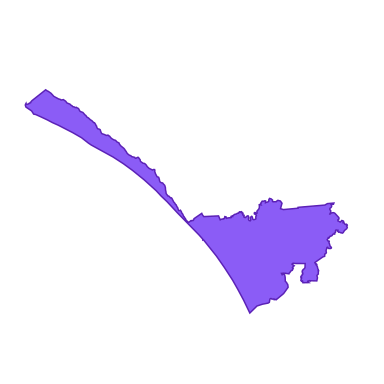 outline of Tampico Alto, Veracruz, Mexico, rotated 168°
{"feature_id": "50627088B55944116291568", "entity_name": "Tampico Alto", "entity_type": "district", "adm_level": 2, "iso_a3": "MEX", "parent_name": "Mexico", "parent_adm1": "Veracruz", "projection": "orthographic", "projection_center": [-97.791, 21.851], "detail": "fine", "context": "isolated", "style": "filled", "palette": "violet", "viewbox_px": 384, "rotation_deg": 168, "n_neighbors": 0, "source": "geoboundaries", "source_scale": "gbopen_adm2", "svg_char_len": 5909}
<svg xmlns="http://www.w3.org/2000/svg" viewBox="0 0 384 384"><g transform="rotate(168 192 192)"><path d="M313.9,322.4L329.6,314.6L330.7,313.8L331.2,313.0L331.6,313.1L331.8,312.8L332.5,312.7L332.8,312.4L333.2,312.5L333.6,312.2L335.3,312.0L335.9,312.4L335.9,313.2L336.7,312.3L337.0,311.4L336.8,309.6L332.0,304.6L330.7,301.1L328.8,300.3L324.3,297.0L318.5,292.6L314.1,288.9L309.0,285.2L296.5,275.0L288.8,268.1L283.2,261.4L280.8,258.9L261.9,242.6L253.3,234.0L245.6,225.4L236.3,213.9L226.7,200.6L223.0,194.4L218.4,187.7L210.5,174.5L194.1,148.6L191.3,143.7L191.4,143.1L191.2,143.2L191.0,142.7L190.7,142.7L190.5,142.4L181.4,124.2L176.0,111.4L170.6,97.3L167.4,87.2L164.0,75.5L160.6,61.6L152.1,67.0L146.3,67.6L140.7,67.5L139.3,68.0L138.2,70.7L137.9,71.2L137.2,71.4L136.7,71.3L136.1,70.6L134.2,70.3L134.1,69.7L133.4,69.8L133.2,69.4L132.0,69.5L131.9,69.2L123.5,73.6L117.8,78.8L117.6,80.9L117.6,81.8L118.1,82.6L118.3,83.8L119.3,85.3L118.6,89.3L118.6,91.6L119.4,92.8L119.8,93.1L120.1,92.6L121.0,92.3L121.4,93.8L119.0,93.5L118.6,93.0L117.9,93.2L114.2,91.8L113.9,92.4L113.1,92.8L111.7,94.2L110.1,94.6L109.9,95.3L109.0,95.9L109.5,97.0L108.9,97.2L108.7,98.2L107.8,98.3L107.4,98.6L108.0,99.0L108.4,99.7L108.5,100.6L109.0,100.6L108.8,101.0L108.1,101.0L107.9,101.3L105.8,100.6L96.2,98.5L97.2,94.5L98.2,93.6L99.5,93.0L99.8,92.7L100.0,92.2L100.3,92.2L100.6,91.8L100.9,90.8L100.6,90.5L100.6,88.8L101.3,88.6L101.7,87.6L102.2,87.1L102.5,87.2L103.1,86.6L103.3,86.1L102.7,85.6L103.0,85.1L102.9,84.7L103.4,84.4L103.4,83.8L103.9,83.0L103.4,81.8L102.4,82.0L102.4,80.2L96.6,79.1L97.5,80.3L97.3,80.7L96.6,80.8L96.4,80.5L95.3,80.8L95.0,80.3L94.8,80.6L88.4,79.1L87.1,82.0L87.2,84.2L86.8,84.7L85.5,85.5L85.0,87.9L84.5,88.5L84.9,88.9L84.6,89.8L84.9,90.7L84.9,93.1L85.6,94.6L85.0,94.8L85.0,95.3L85.7,96.2L86.1,96.1L86.5,97.5L77.5,101.3L75.6,101.5L75.1,103.6L73.9,104.0L73.2,104.7L73.1,106.7L71.5,109.7L70.8,109.7L70.4,108.6L70.0,108.3L68.1,107.9L67.7,108.0L67.3,108.3L67.2,108.8L68.2,110.6L68.3,112.8L68.6,113.8L68.0,115.2L68.2,115.6L68.9,115.6L69.2,115.9L69.7,117.3L68.8,118.2L68.3,118.3L68.2,119.1L67.7,119.1L67.1,118.8L66.8,119.4L66.0,120.1L65.4,119.9L64.0,120.3L63.2,121.2L62.5,121.5L61.3,121.2L61.2,122.2L60.2,122.4L59.5,124.6L59.0,124.9L57.2,124.2L57.8,123.4L57.3,123.0L57.0,122.2L56.0,122.1L55.2,121.3L54.3,121.0L53.6,120.5L52.6,120.8L50.9,122.6L48.2,124.0L47.4,125.3L47.9,126.7L47.6,127.0L47.0,127.2L47.0,127.5L47.6,128.4L48.6,128.4L49.2,128.8L49.7,130.3L50.6,130.5L50.5,131.1L49.8,131.8L50.4,132.5L51.5,133.0L52.2,132.3L52.7,132.2L53.1,131.8L53.9,132.2L54.6,133.1L55.2,133.3L55.1,134.4L53.8,135.1L53.7,136.5L56.6,141.4L57.6,142.3L58.6,142.5L59.9,142.5L61.7,141.7L61.8,141.8L60.8,142.9L60.3,144.2L60.2,145.0L60.8,146.1L60.8,146.7L60.4,147.4L59.6,147.7L58.8,148.3L58.2,149.3L58.7,151.1L56.2,150.6L55.5,151.7L62.0,152.5L64.8,151.6L90.2,154.8L91.5,154.9L91.6,154.1L106.3,155.8L108.9,157.3L106.3,162.3L107.4,164.8L109.7,166.0L111.0,165.5L111.5,165.0L114.8,165.6L115.2,166.2L114.9,167.4L116.1,168.9L117.5,169.6L118.4,168.6L118.8,167.1L119.8,166.5L121.1,166.4L121.8,166.5L122.3,166.3L121.9,168.0L122.6,168.3L124.2,168.1L125.2,168.5L126.8,167.0L126.7,166.9L126.9,166.3L127.4,166.1L127.6,165.6L127.4,165.2L128.6,165.7L129.0,165.5L128.9,164.7L129.5,162.5L130.1,161.6L132.5,159.7L132.7,158.1L132.9,157.7L133.6,157.8L134.5,158.8L135.0,158.9L135.4,158.6L135.6,157.7L133.9,156.1L133.9,155.6L134.8,154.5L135.1,152.5L135.4,152.3L136.4,152.1L137.4,152.1L138.2,152.8L138.2,155.1L138.6,155.8L139.4,155.5L140.2,154.8L140.4,154.0L140.3,152.6L140.6,152.0L141.0,151.7L142.0,152.2L142.3,152.8L142.4,153.7L141.7,155.9L141.9,156.8L142.2,157.1L143.2,157.0L144.2,156.3L144.6,156.3L145.3,155.9L146.2,156.5L146.5,157.0L145.9,157.8L146.0,158.6L146.9,158.9L147.1,159.1L146.6,160.4L147.2,160.6L146.9,161.1L147.5,161.6L147.4,162.0L147.8,162.5L148.7,162.3L148.9,162.6L149.5,162.7L149.5,162.1L150.4,162.2L151.1,161.6L152.0,161.8L153.1,161.3L155.2,161.2L156.8,160.3L157.4,160.4L157.4,159.6L158.9,159.9L158.9,158.9L159.1,158.8L162.3,159.2L163.5,159.0L163.9,159.7L163.8,159.8L163.9,160.4L164.1,160.4L164.0,160.7L165.0,161.1L165.4,159.8L165.7,159.8L166.0,159.3L167.0,159.4L167.3,159.3L167.3,159.1L169.2,159.3L170.2,158.9L171.0,163.1L185.6,165.5L186.6,167.6L186.9,169.1L195.6,165.5L195.9,164.7L196.9,163.9L197.9,164.2L198.3,163.8L199.1,164.2L200.9,163.2L201.8,163.1L202.8,164.6L203.5,165.2L203.9,167.1L204.3,168.0L204.5,168.2L204.9,169.6L205.2,169.8L205.7,172.4L206.3,173.4L206.5,174.9L207.1,176.6L208.2,176.4L209.0,176.7L209.3,179.9L209.8,180.7L210.2,182.8L210.8,183.4L211.1,184.6L211.9,185.9L213.0,190.0L213.4,190.6L214.2,190.7L215.6,192.9L216.3,193.0L217.6,195.8L217.4,198.4L217.5,199.2L217.1,201.9L217.3,204.2L218.5,206.1L218.6,206.6L218.9,207.0L220.0,207.4L221.1,208.4L221.4,209.8L221.3,211.0L221.5,213.1L221.6,213.4L223.0,214.2L223.9,217.4L224.2,219.9L223.9,220.6L223.9,221.7L224.8,222.0L226.0,221.7L229.0,224.0L230.6,226.2L231.0,227.6L231.8,229.0L232.7,229.9L233.9,230.3L235.8,232.4L236.1,233.0L236.0,234.3L237.2,236.9L237.4,237.1L238.2,237.2L239.4,236.7L240.2,236.7L240.6,237.0L240.8,237.8L243.7,239.2L244.3,240.3L245.5,240.9L247.3,243.1L248.1,245.6L248.7,246.7L248.9,247.6L249.6,248.9L252.1,252.0L253.0,253.9L253.2,255.2L255.0,256.6L256.0,258.4L257.5,259.2L259.0,260.5L260.2,262.0L260.9,263.6L261.5,264.2L262.1,264.5L262.3,265.1L264.2,265.2L265.5,266.3L268.0,267.8L268.5,268.9L268.9,272.1L269.7,272.8L271.0,273.4L271.5,274.4L271.7,275.4L271.6,276.3L272.1,276.9L272.2,278.1L273.0,280.1L273.7,280.3L275.1,282.6L276.4,283.8L277.9,286.0L279.2,287.1L279.9,288.9L280.6,289.6L282.2,292.5L284.4,293.9L284.9,294.6L285.7,297.3L287.1,298.3L287.3,298.6L287.5,298.4L287.4,298.6L287.8,298.8L288.8,298.9L289.2,299.5L291.0,300.4L291.4,301.3L292.1,301.8L293.1,303.3L295.8,305.1L296.7,307.1L298.0,308.4L298.5,309.1L300.9,309.2L302.0,310.3L302.6,310.4L303.2,310.8L307.3,314.3L309.3,317.8L311.8,320.5L312.3,320.7L313.9,322.4Z" fill="#8b5cf6" stroke="#5b21b6" stroke-width="1.5"/></g></svg>